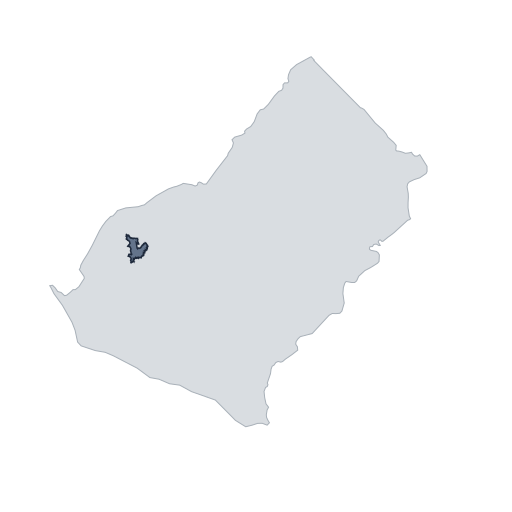 Asunafo South, Brong Ahafo, Ghana (highlighted), rotated 46°
{"feature_id": "2480657B2337940648547", "entity_name": "Asunafo South", "entity_type": "district", "adm_level": 2, "iso_a3": "GHA", "parent_name": "Ghana", "parent_adm1": "Brong Ahafo", "projection": "orthographic", "projection_center": [-2.473, 6.562], "detail": "fine", "context": "in_parent", "style": "filled", "palette": "slate", "viewbox_px": 512, "rotation_deg": 46, "n_neighbors": 0, "source": "geoboundaries", "source_scale": "gbopen_adm2", "svg_char_len": 7083}
<svg xmlns="http://www.w3.org/2000/svg" viewBox="0 0 512 512"><g transform="rotate(46 256 256)"><path d="M310.3,70.7L314.0,74.2L314.8,76.3L313.5,83.9L310.9,89.2L309.2,94.2L309.4,96.7L311.1,99.2L316.7,103.0L319.6,105.6L323.1,109.4L327.0,113.2L333.8,118.0L336.6,118.9L336.5,120.3L335.6,122.1L335.1,140.4L334.6,145.1L334.2,147.5L333.6,154.4L332.9,155.3L331.6,155.3L330.5,155.5L330.2,156.9L330.7,158.3L334.7,159.3L333.9,160.3L330.9,161.2L329.5,163.3L330.1,165.7L328.5,167.5L329.0,168.8L330.0,169.7L331.7,169.4L336.4,166.2L338.4,165.9L340.9,166.5L345.4,171.3L345.6,173.6L343.9,181.7L342.1,187.9L341.9,196.2L343.8,200.9L343.6,203.4L341.5,205.6L336.9,208.9L337.2,211.0L339.4,215.1L343.4,219.6L351.1,225.2L355.3,232.5L355.4,235.5L353.0,238.5L350.3,241.1L349.4,244.8L350.8,269.4L344.8,280.1L344.7,283.1L345.4,286.6L347.0,288.7L350.1,289.3L352.7,291.4L351.9,298.8L350.6,306.5L350.4,310.2L349.6,311.9L347.2,313.4L346.4,315.8L347.0,318.8L346.5,321.0L347.9,323.8L350.7,327.3L355.2,336.1L356.9,336.8L357.7,338.6L357.2,340.4L359.0,344.3L364.0,348.2L369.3,351.5L373.5,352.0L374.5,355.0L377.4,358.9L379.4,360.5L382.6,361.6L385.3,362.2L385.4,365.5L380.7,367.7L377.5,371.1L375.0,376.3L371.7,382.0L359.9,385.0L355.4,385.0L331.4,385.3L308.8,396.6L295.9,400.6L287.9,406.9L277.2,411.4L269.7,416.8L254.1,419.4L228.5,428.0L220.5,431.4L212.4,437.3L199.2,444.2L194.0,444.1L183.7,437.7L175.9,434.4L157.0,429.5L142.8,427.5L136.0,425.4L134.1,425.0L135.7,422.7L139.6,422.6L143.8,423.3L146.9,421.5L151.5,421.3L152.7,419.4L153.1,414.7L153.1,411.0L154.7,409.3L155.1,404.8L152.8,395.0L151.2,393.9L143.0,392.5L142.4,390.5L140.9,388.4L139.3,383.4L137.5,375.8L134.6,366.4L129.1,351.0L127.7,345.5L126.8,340.0L126.6,333.3L127.8,330.9L127.6,327.4L127.1,324.0L131.0,316.2L138.7,306.5L140.3,303.1L141.7,300.7L141.9,297.2L143.3,286.0L146.9,272.4L149.2,267.3L150.8,264.6L152.7,260.0L153.2,257.9L160.2,252.6L163.4,251.2L164.2,249.1L163.1,246.8L163.5,245.3L165.2,244.5L167.8,243.9L169.7,241.7L166.7,225.0L164.3,208.3L164.2,206.9L162.8,204.6L161.4,197.7L159.0,193.7L155.7,192.5L155.7,188.7L159.1,182.3L159.9,178.6L158.3,177.5L158.1,174.6L159.2,169.8L158.7,166.9L158.1,163.8L154.6,156.5L153.8,151.4L155.6,148.4L155.5,141.8L153.7,131.6L153.4,125.2L154.6,122.5L154.0,120.0L151.5,117.5L151.3,115.2L153.5,112.9L153.2,111.1L150.6,109.8L148.2,106.7L146.1,101.7L146.5,93.8L150.5,79.2L151.0,77.9L155.5,78.0L155.5,78.6L169.5,78.5L185.5,78.3L204.6,78.1L222.0,77.9L222.8,77.3L225.6,76.5L243.2,77.9L254.1,77.1L258.8,77.6L262.2,78.6L269.8,78.0L273.8,78.3L276.9,81.9L278.1,81.9L279.8,80.4L282.8,78.6L285.9,77.2L288.1,74.3L289.4,72.1L291.4,72.6L294.3,72.4L296.2,70.6L296.9,67.8L310.3,70.7Z" fill="#d9dde1" stroke="#a8b0b8" stroke-width="1"/><path d="M150.6,334.4L150.7,334.6L151.1,334.7L151.1,334.9L151.3,334.9L151.6,335.2L152.0,335.2L152.0,335.4L152.2,335.2L152.3,335.3L152.5,335.5L152.5,335.8L152.7,336.0L152.8,336.0L153.0,336.1L153.2,336.4L153.4,336.5L153.5,336.8L153.5,337.1L153.6,337.5L154.2,337.5L154.7,337.1L155.1,337.1L155.5,337.4L156.8,336.9L158.2,337.1L158.7,337.5L159.5,337.9L159.8,340.7L159.9,341.5L160.2,341.4L160.5,340.6L160.9,340.4L161.3,340.6L161.5,340.3L162.1,340.4L163.0,340.6L163.8,340.9L164.3,341.4L164.4,341.7L164.6,341.8L164.9,342.4L165.1,342.7L165.5,342.8L166.0,343.1L166.4,343.2L166.8,343.6L167.1,343.9L167.3,344.0L167.5,344.2L167.8,344.2L168.1,344.5L168.4,344.3L168.5,344.8L168.0,345.0L167.8,345.1L167.7,345.1L167.5,345.5L167.3,345.7L167.0,345.8L167.0,346.1L166.8,346.2L166.6,346.2L166.7,346.7L166.9,346.8L167.0,346.9L167.1,347.2L167.2,347.4L167.3,348.0L169.1,347.2L169.7,347.1L169.8,347.1L170.1,347.4L170.9,347.5L171.0,347.6L171.4,347.8L171.7,348.2L171.7,348.4L171.8,348.5L171.8,348.8L171.9,349.1L172.1,349.3L172.4,349.2L173.1,349.7L173.8,350.6L174.1,350.6L174.2,350.2L174.3,350.1L174.2,349.7L174.4,349.4L174.5,349.2L174.3,349.0L174.4,348.8L174.4,348.7L174.5,348.6L174.4,348.5L174.5,348.2L174.3,347.9L174.4,347.7L174.7,347.7L174.4,347.5L174.5,347.4L174.4,347.4L174.2,347.0L173.8,347.0L173.8,346.8L173.7,346.8L173.6,347.0L173.6,346.3L173.3,346.3L173.3,346.1L173.1,346.3L172.9,346.1L173.0,346.1L173.6,345.7L173.3,345.5L173.2,345.5L173.3,345.4L173.2,345.3L173.3,345.2L173.3,344.8L173.4,344.6L173.5,344.6L173.9,344.3L173.8,344.1L174.0,344.2L173.9,344.1L174.1,343.9L174.1,343.7L174.3,343.8L174.4,343.6L174.6,343.7L174.8,343.4L174.7,343.3L174.5,343.5L174.5,343.3L174.4,343.3L174.5,343.2L174.4,343.2L174.5,342.9L174.4,342.8L174.5,342.6L174.8,342.7L174.7,342.8L174.9,342.8L175.0,342.6L174.9,342.5L174.9,342.3L175.1,342.2L175.3,342.4L175.2,342.2L175.3,342.2L175.2,342.1L175.4,342.0L175.4,341.8L175.6,341.9L175.6,341.6L175.8,341.7L175.9,341.9L176.0,341.9L176.0,341.3L176.1,341.0L176.0,340.9L176.3,340.7L176.4,340.8L176.7,340.7L176.8,340.6L176.9,340.3L176.8,340.2L177.0,339.9L177.3,339.8L177.2,339.7L177.3,339.4L177.2,339.3L176.9,339.1L176.7,338.7L176.7,338.1L177.1,337.9L177.0,337.2L177.5,336.9L177.6,336.5L177.4,336.4L177.1,336.4L177.1,336.2L177.0,336.4L176.9,336.4L176.9,336.1L176.7,336.0L176.8,335.9L176.7,335.8L176.8,335.8L176.8,335.6L176.6,335.6L176.4,335.6L176.2,335.5L176.2,335.4L176.3,335.5L176.3,335.4L176.1,335.2L176.3,335.1L176.3,334.8L176.1,334.7L175.9,334.7L175.7,334.3L175.8,334.2L175.7,334.2L175.8,334.1L175.7,334.0L175.9,334.1L175.9,333.9L175.9,334.0L176.1,333.9L176.2,333.7L176.1,333.4L175.9,333.2L175.5,333.4L175.4,333.2L175.2,333.2L175.2,333.3L175.1,333.1L174.8,332.9L175.0,332.8L174.9,332.5L175.1,332.4L175.1,332.2L175.2,331.9L175.4,331.9L175.5,331.8L175.3,331.6L175.1,331.6L174.9,331.5L174.8,331.4L175.0,331.4L175.2,331.2L175.3,331.1L175.2,331.1L175.1,330.9L175.1,330.7L175.3,330.4L175.3,330.2L175.4,329.9L175.2,329.7L175.1,329.8L175.0,329.7L174.9,329.7L174.6,329.5L174.6,329.3L174.7,329.2L174.3,329.1L174.3,328.9L174.5,328.8L174.4,328.7L174.5,328.7L174.4,328.6L174.6,328.5L174.5,328.4L174.4,328.3L174.1,328.3L174.1,328.2L174.0,328.3L174.0,328.2L173.8,328.0L173.8,327.9L173.7,327.8L173.8,327.8L173.7,327.6L173.8,327.6L173.6,327.3L173.7,327.1L173.4,326.9L173.2,326.8L173.0,326.6L172.9,326.6L172.8,326.8L172.5,326.7L172.3,326.8L172.2,326.7L171.9,326.6L171.7,326.6L171.2,326.4L170.9,326.3L170.7,326.4L170.4,326.4L170.1,326.3L169.9,326.6L169.6,326.6L169.7,326.8L169.8,327.3L169.6,327.3L169.3,327.6L169.2,327.7L169.1,328.4L169.5,328.8L169.4,329.6L169.2,330.0L169.4,330.2L169.6,330.0L169.6,330.6L169.4,331.1L169.4,331.5L169.6,332.0L169.8,332.1L169.8,332.5L169.7,332.9L169.7,333.0L169.9,333.0L170.0,333.2L170.0,333.4L169.8,333.5L169.8,333.8L169.5,334.2L169.5,334.5L169.2,335.0L168.6,335.0L167.9,335.9L168.1,336.1L167.8,336.1L163.3,332.9L163.6,332.9L164.2,332.4L164.8,332.5L165.2,332.7L165.7,332.4L165.9,332.0L163.8,331.2L163.5,331.1L162.8,330.9L162.3,329.8L161.9,329.5L161.6,329.5L161.1,329.1L160.9,329.5L160.5,329.6L160.2,329.8L160.1,330.4L159.7,330.6L159.4,330.6L158.2,331.6L158.3,332.0L158.2,332.4L157.4,332.7L157.0,333.1L156.2,333.6L156.2,333.3L156.0,333.5L155.5,333.6L155.1,333.5L154.7,333.8L154.3,333.8L154.0,333.7L153.7,333.4L153.2,333.3L153.3,333.6L153.1,333.8L152.4,333.9L152.0,333.6L151.8,333.8L151.7,334.1L151.4,334.1L150.8,334.4L150.6,334.4Z" fill="#64748b" stroke="#1e293b" stroke-width="1.5"/></g></svg>